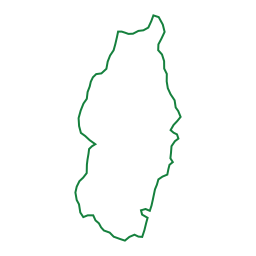 Consolação, Minas Gerais, Brazil (Equal Earth projection)
{"feature_id": "56859067B37283481233157", "entity_name": "Consolação", "entity_type": "district", "adm_level": 2, "iso_a3": "BRA", "parent_name": "Brazil", "parent_adm1": "Minas Gerais", "projection": "equal_earth", "projection_center": [-45.914, -22.533], "detail": "fine", "context": "isolated", "style": "outline", "palette": "green", "viewbox_px": 256, "rotation_deg": 0, "n_neighbors": 0, "source": "geoboundaries", "source_scale": "gbopen_adm2", "svg_char_len": 1318}
<svg xmlns="http://www.w3.org/2000/svg" viewBox="0 0 256 256"><path d="M118.1,31.6L117.0,36.9L115.3,44.2L113.6,50.3L110.1,55.5L107.7,61.6L106.4,68.8L101.4,73.4L96.2,74.1L92.9,77.3L90.8,81.7L89.7,86.5L87.6,92.0L86.8,98.8L83.5,103.5L80.7,110.5L78.6,118.1L79.1,126.1L80.9,132.9L85.2,136.0L89.7,140.2L95.3,144.2L91.9,146.3L89.1,149.0L88.5,153.8L87.5,159.6L86.9,164.6L86.7,173.1L83.2,177.6L79.4,181.2L76.7,186.7L75.4,192.5L76.7,200.0L79.0,204.3L80.3,212.5L83.3,217.1L87.8,215.3L93.2,215.3L95.5,220.4L98.9,223.3L101.1,227.4L103.9,230.5L109.7,232.6L113.7,236.7L119.8,238.9L124.9,240.6L129.4,236.9L134.5,234.7L138.4,236.6L142.2,236.9L144.4,230.2L146.2,222.9L147.6,217.8L142.1,214.6L141.0,210.3L145.5,209.0L149.8,210.8L151.5,205.6L152.8,199.8L153.8,195.0L155.0,189.3L156.9,184.7L158.4,179.4L162.5,176.6L167.3,174.6L168.4,169.1L169.5,164.8L172.8,162.1L170.4,158.3L171.0,152.8L171.5,146.2L174.9,141.2L178.4,138.6L177.0,134.4L173.6,132.7L170.6,130.1L173.6,124.9L177.2,121.1L180.6,116.9L178.2,111.0L175.7,107.5L174.6,100.3L170.6,94.3L167.8,88.2L166.7,81.4L166.8,73.9L164.2,68.6L164.1,61.1L162.0,54.5L158.2,50.2L158.4,44.4L161.4,38.7L164.6,31.9L162.8,24.6L158.7,17.1L153.4,15.4L151.3,21.1L148.3,27.6L143.4,30.3L138.4,30.9L133.0,33.7L128.4,33.9L125.1,32.7L121.7,31.6L118.1,31.6Z" fill="none" stroke="#15803d" stroke-width="2"/></svg>